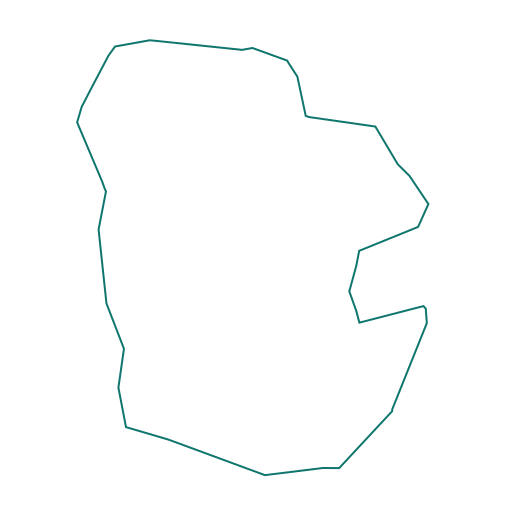 Esit Eket, Akwa Ibom, Nigeria (Robinson projection), rotated 88°
{"feature_id": "59680162B89342314449475", "entity_name": "Esit Eket", "entity_type": "district", "adm_level": 2, "iso_a3": "NGA", "parent_name": "Nigeria", "parent_adm1": "Akwa Ibom", "projection": "robinson", "projection_center": [8.072, 4.644], "detail": "fine", "context": "isolated", "style": "outline", "palette": "teal", "viewbox_px": 512, "rotation_deg": 88, "n_neighbors": 0, "source": "geoboundaries", "source_scale": "gbopen_adm2", "svg_char_len": 677}
<svg xmlns="http://www.w3.org/2000/svg" viewBox="0 0 512 512"><g transform="rotate(88 256 256)"><path d="M422.5,391.9L436.4,350.0L475.3,254.8L470.2,196.5L470.8,182.0L470.9,180.3L415.8,125.3L414.0,125.2L329.0,87.6L314.5,88.2L311.9,90.4L326.2,155.0L314.4,157.7L294.6,164.0L292.4,163.3L269.2,156.1L254.4,152.7L232.6,93.0L210.1,81.9L181.3,99.8L169.3,111.1L130.8,132.2L119.0,198.1L117.7,201.4L78.2,208.4L63.8,217.0L61.8,218.0L48.0,252.3L49.5,262.7L37.1,351.4L36.7,354.8L41.7,389.5L50.5,396.4L81.3,414.0L100.8,425.0L116.2,430.1L176.1,407.2L183.0,405.0L186.3,403.7L224.0,412.4L298.2,407.1L344.1,391.2L382.7,398.1L422.5,391.9Z" fill="none" stroke="#0f766e" stroke-width="2"/></g></svg>